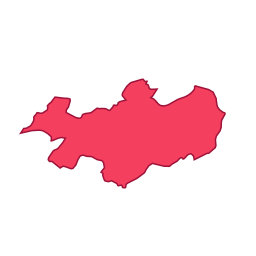 an SVG outline of Overijssel, rotated 324°
{"feature_id": "NLD-899", "entity_name": "Overijssel", "entity_type": "Province", "adm_level": 1, "iso_a3": "NLD", "parent_name": "Netherlands", "parent_adm1": "", "projection": "natural_earth1", "projection_center": [6.317, 52.481], "detail": "fine", "context": "isolated", "style": "filled", "palette": "rose", "viewbox_px": 256, "rotation_deg": 324, "n_neighbors": 0, "source": "natural_earth", "source_scale": "10m", "svg_char_len": 2875}
<svg xmlns="http://www.w3.org/2000/svg" viewBox="0 0 256 256"><g transform="rotate(324 128 128)"><path d="M170.9,101.4L168.4,102.8L169.6,104.7L169.3,106.3L168.7,107.8L168.7,109.3L169.7,110.5L174.4,113.6L166.5,116.7L164.2,116.9L165.9,119.7L166.4,123.0L166.6,126.2L167.5,128.9L170.3,131.5L174.1,132.9L185.4,134.2L192.7,136.4L196.8,136.9L200.5,136.7L204.0,135.9L205.4,134.9L206.2,133.7L207.1,133.4L215.9,144.4L217.9,149.1L216.7,155.8L213.8,161.0L212.8,163.7L212.8,167.1L214.0,171.0L214.9,172.2L215.2,172.7L214.8,173.7L208.5,176.7L207.0,178.1L203.6,182.4L200.8,184.4L194.7,186.5L191.9,188.8L188.8,193.9L187.0,195.2L178.6,195.9L176.8,194.9L162.9,192.6L164.3,189.8L164.4,188.8L164.2,187.0L164.0,186.3L163.6,185.8L163.1,185.5L161.7,185.0L160.6,184.8L155.5,185.8L154.9,185.7L154.3,185.5L154.3,184.9L154.2,184.1L153.7,183.3L152.9,183.0L152.0,183.0L148.0,183.7L142.5,183.1L139.1,183.4L134.9,180.3L128.2,172.5L128.0,172.2L127.2,171.1L122.9,170.7L118.0,172.3L115.9,173.5L114.5,173.9L105.5,174.0L95.5,172.4L94.1,172.4L93.7,172.5L92.3,173.4L91.3,174.6L91.0,174.7L90.5,174.6L89.3,173.7L88.9,173.3L88.7,172.9L88.7,172.6L88.8,172.4L89.3,171.2L89.0,170.3L88.3,169.9L86.7,169.3L86.2,169.0L85.9,168.4L86.2,167.8L86.3,166.3L83.7,161.0L80.8,160.0L80.0,159.3L78.6,157.6L78.2,157.0L78.4,155.7L79.6,151.7L81.0,150.1L80.9,149.4L80.1,148.1L80.4,147.8L80.9,147.6L85.6,146.3L87.7,141.9L87.9,139.9L87.7,139.3L87.4,138.8L84.5,135.5L83.4,133.2L82.1,130.3L81.2,129.3L80.2,128.5L77.7,126.4L76.6,124.7L75.6,123.5L74.7,123.1L72.9,122.5L68.8,124.2L64.2,127.2L59.9,128.3L58.8,128.0L57.9,127.4L54.9,122.9L53.1,120.8L51.6,120.6L49.6,120.5L46.8,110.3L44.8,108.9L44.8,106.8L46.3,105.4L53.7,102.7L55.5,102.6L56.3,103.0L58.7,103.3L60.0,103.2L66.9,101.4L71.4,99.4L68.3,96.4L65.5,95.2L59.8,93.9L58.6,93.5L58.2,93.2L58.4,92.9L59.5,92.1L60.0,91.0L60.8,90.1L59.8,85.4L57.8,80.7L56.8,79.4L55.1,77.7L48.5,73.5L38.1,69.1L43.4,67.1L45.1,68.2L45.6,68.4L49.6,68.9L50.4,68.9L51.5,68.7L55.7,66.8L56.4,66.2L57.1,65.5L57.6,64.8L57.9,64.2L58.4,63.7L59.1,63.4L62.0,62.8L62.5,62.6L62.9,62.2L63.3,62.3L64.0,62.5L65.7,64.5L67.0,65.4L67.7,65.6L73.3,66.0L75.3,64.1L75.4,63.8L75.6,63.1L75.7,62.8L76.0,62.6L78.3,62.1L81.1,61.9L87.1,60.1L94.2,66.7L95.3,67.5L96.8,68.8L98.1,70.4L97.4,71.9L92.3,75.9L88.5,77.3L87.1,79.2L92.1,89.2L92.7,89.6L93.7,91.0L94.1,91.3L94.7,91.7L95.8,91.9L96.7,91.9L97.8,91.3L98.6,90.7L99.6,90.5L101.9,91.2L106.2,93.5L107.4,93.9L114.3,93.8L114.8,93.9L115.9,95.3L118.1,96.7L120.6,98.6L121.7,100.0L122.9,102.4L123.0,102.7L123.6,102.9L124.5,102.9L127.9,102.1L128.9,101.7L129.6,101.1L130.0,101.2L130.4,101.4L131.1,102.2L131.6,102.7L132.4,103.0L133.2,102.9L134.4,102.3L135.0,101.8L136.0,101.8L136.9,101.9L142.8,104.2L142.4,98.7L142.7,97.9L144.4,96.4L151.4,93.6L155.5,93.0L157.4,93.1L167.6,96.7L168.5,97.2L169.0,97.7L168.9,99.1L169.3,100.6L170.8,101.3L170.9,101.4Z" fill="#f43f5e" stroke="#9f1239" stroke-width="1.5"/></g></svg>